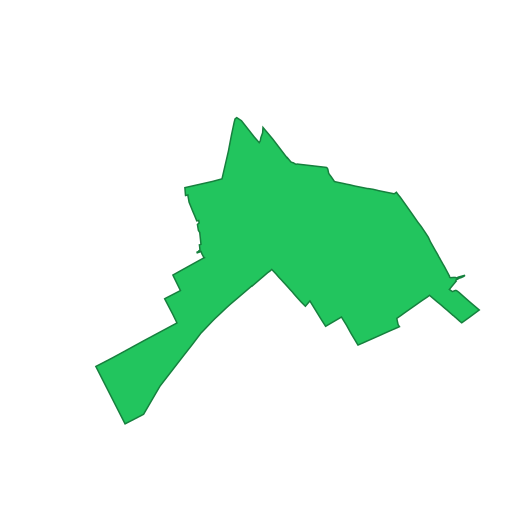 outline of Crangeni, Teleorman, Romania, rotated 159°
{"feature_id": "2599482B26169068281566", "entity_name": "Crangeni", "entity_type": "district", "adm_level": 2, "iso_a3": "ROU", "parent_name": "Romania", "parent_adm1": "Teleorman", "projection": "mercator", "projection_center": [24.773, 44.008], "detail": "fine", "context": "isolated", "style": "filled", "palette": "green", "viewbox_px": 512, "rotation_deg": 159, "n_neighbors": 0, "source": "geoboundaries", "source_scale": "gbopen_adm2", "svg_char_len": 3469}
<svg xmlns="http://www.w3.org/2000/svg" viewBox="0 0 512 512"><g transform="rotate(159 256 256)"><path d="M203.4,373.5L205.7,368.6L209.0,364.8L210.7,362.0L212.4,360.7L215.0,367.8L221.1,387.5L224.4,392.1L226.4,391.5L228.3,388.9L235.7,377.5L244.1,363.9L254.5,348.5L260.1,340.2L262.0,340.4L269.8,341.2L297.9,345.3L298.2,344.3L300.0,338.2L300.1,337.7L297.7,337.4L298.0,336.4L299.2,330.2L299.0,319.9L298.8,314.8L298.8,313.7L298.7,310.0L297.1,309.7L296.8,309.7L297.2,307.3L299.4,306.4L300.6,300.6L300.1,298.1L303.2,286.6L304.2,286.6L304.9,286.6L304.9,286.4L305.6,283.7L306.1,281.9L306.3,281.4L307.4,281.4L307.7,280.8L308.8,280.8L309.7,280.7L309.7,280.0L308.9,280.0L306.6,279.9L306.0,279.9L305.7,279.9L305.7,277.2L305.3,274.1L305.3,273.9L305.0,273.3L304.8,272.9L305.1,272.9L306.2,272.8L312.8,271.9L330.7,269.4L340.4,268.0L340.3,266.3L338.9,250.8L356.1,248.9L356.6,248.8L354.6,231.6L353.8,222.5L353.8,221.8L390.4,217.2L426.2,212.4L445.1,210.3L438.4,146.2L417.8,148.5L417.7,148.5L392.3,168.9L392.0,169.1L359.4,188.9L347.2,196.2L335.1,203.7L332.9,204.7L320.1,210.8L317.0,212.2L308.6,215.6L302.1,218.3L297.2,220.2L288.6,223.2L277.3,227.2L270.6,229.6L270.5,229.3L263.5,231.8L258.5,233.6L257.3,234.0L250.9,236.3L248.4,236.9L246.1,237.8L243.7,232.0L242.8,229.4L242.1,227.5L240.9,224.7L239.8,221.8L238.9,219.6L238.6,218.8L237.2,215.2L236.2,212.5L234.8,209.0L234.4,207.6L233.2,204.3L230.3,196.8L227.9,191.4L221.8,194.7L220.0,185.0L217.8,173.2L216.2,165.4L210.2,166.4L198.1,168.4L196.3,158.9L195.0,149.4L193.9,143.2L192.8,136.8L192.7,136.3L174.9,137.2L158.4,138.1L147.4,138.6L147.9,140.8L147.9,141.2L147.4,144.5L147.2,145.7L146.9,147.3L143.8,148.1L142.1,148.5L138.4,149.5L135.7,150.2L126.1,152.6L122.5,153.5L122.2,153.6L116.6,155.0L110.8,156.3L108.1,157.1L103.4,148.5L102.1,146.3L101.3,144.9L100.8,144.0L99.9,142.3L99.2,140.9L97.9,138.5L96.9,136.8L96.2,135.4L95.8,134.6L95.3,133.7L95.0,133.1L94.6,132.3L94.2,131.7L94.0,131.2L93.7,130.6L93.5,130.2L93.0,129.5L92.5,128.6L92.2,127.9L92.0,127.6L91.7,127.1L91.5,126.8L91.3,126.3L90.9,125.5L90.5,124.7L89.8,123.4L89.5,122.7L88.8,121.5L88.5,121.0L88.3,120.5L88.2,120.3L88.0,120.0L87.9,119.9L87.1,120.1L78.0,122.5L66.9,125.6L69.5,130.3L73.8,138.2L79.6,149.4L81.1,151.7L81.8,152.3L82.4,152.4L85.2,152.4L85.5,152.5L87.5,155.5L79.2,160.2L78.3,160.7L78.6,161.0L78.4,161.3L78.0,161.7L77.7,162.0L77.1,162.1L76.1,162.1L75.5,162.2L75.1,162.4L74.2,162.5L73.4,162.4L72.7,162.3L71.8,162.3L70.8,162.4L70.3,162.4L69.3,162.5L68.4,162.8L68.4,163.2L71.5,163.5L74.5,163.8L76.7,163.6L77.5,164.5L79.3,165.2L82.3,166.1L82.8,166.8L82.6,167.9L84.0,179.4L84.2,180.0L84.2,180.5L84.3,180.8L84.5,182.2L84.7,183.7L85.1,186.2L85.1,186.6L85.2,187.2L85.3,188.0L85.4,188.6L85.5,189.0L85.6,189.5L85.7,190.7L85.8,191.3L85.8,191.8L85.9,192.4L86.1,193.8L86.6,196.7L88.1,206.9L88.3,210.3L88.4,211.8L88.6,212.7L89.4,216.4L91.2,224.3L92.4,228.3L92.7,229.2L94.9,238.2L97.6,248.9L100.3,259.4L100.8,260.8L101.2,261.9L102.1,265.2L103.8,264.7L104.8,264.6L105.0,264.7L106.2,265.5L111.9,269.1L118.8,273.5L119.4,274.0L122.8,276.3L126.1,278.2L127.0,278.7L127.9,279.1L131.5,281.4L138.8,286.0L143.1,289.0L145.4,290.4L145.9,290.7L148.1,292.2L150.6,293.8L151.7,294.5L155.4,296.9L156.1,297.5L157.3,302.6L158.3,306.0L158.5,307.4L157.9,311.0L157.9,312.1L158.2,313.0L158.6,313.5L160.7,314.6L173.7,321.4L184.6,327.1L185.9,327.3L187.8,329.7L188.3,330.0L189.5,331.0L189.8,331.6L190.7,334.2L191.5,336.6L191.8,336.4L198.5,359.3L203.4,373.5Z" fill="#22c55e" stroke="#15803d" stroke-width="1.5"/></g></svg>